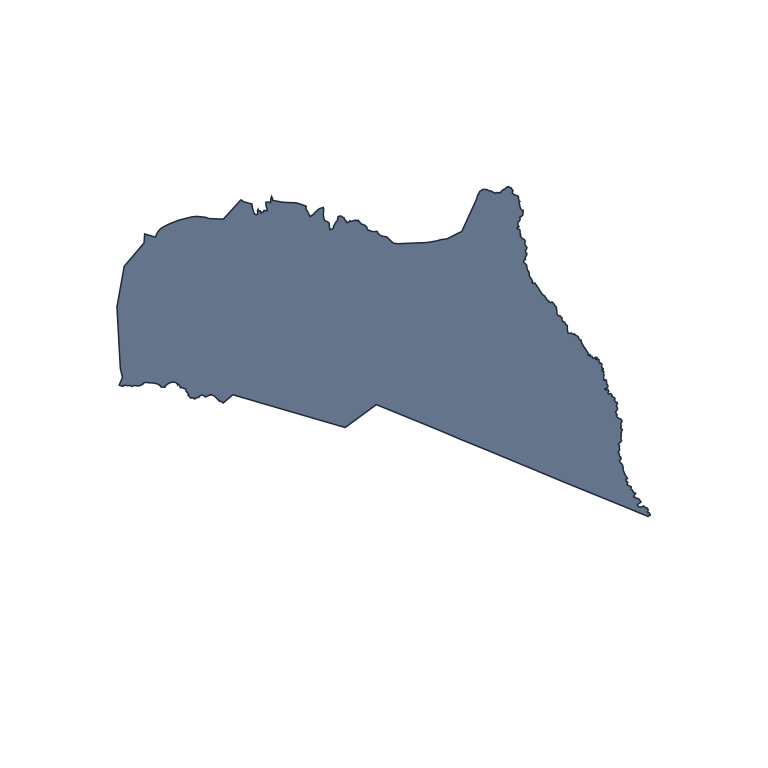 Tiaty, Rift Valley, Kenya, rotated 145°
{"feature_id": "3690345B93323191576602", "entity_name": "Tiaty", "entity_type": "district", "adm_level": 2, "iso_a3": "KEN", "parent_name": "Kenya", "parent_adm1": "Rift Valley", "projection": "mercator", "projection_center": [35.941, 1.145], "detail": "fine", "context": "isolated", "style": "filled", "palette": "slate", "viewbox_px": 768, "rotation_deg": 145, "n_neighbors": 0, "source": "geoboundaries", "source_scale": "gbopen_adm2", "svg_char_len": 6171}
<svg xmlns="http://www.w3.org/2000/svg" viewBox="0 0 768 768"><g transform="rotate(145 384 384)"><path d="M368.5,602.1L370.1,601.0L373.0,597.6L373.9,599.0L375.3,600.1L376.7,600.7L378.6,597.2L379.6,593.8L380.2,593.1L381.4,593.7L382.5,595.1L384.3,594.2L385.5,594.6L386.5,594.4L386.0,595.8L386.1,597.0L387.6,597.6L387.0,599.3L388.3,598.5L388.9,597.0L390.0,595.7L391.7,595.9L392.4,597.7L392.2,599.4L391.8,601.0L390.0,605.3L389.2,606.5L389.0,607.5L391.2,609.7L392.4,611.5L394.7,613.9L394.9,615.8L395.7,616.9L421.0,611.2L432.5,619.9L434.4,622.8L441.1,628.6L445.7,631.2L457.0,635.5L460.4,636.5L469.1,638.5L473.7,639.1L476.7,639.4L479.5,639.1L481.8,638.4L484.2,637.3L487.0,635.4L494.0,644.2L499.6,637.2L529.3,629.4L558.5,600.4L591.1,547.9L594.4,539.5L601.6,535.0L601.2,534.2L599.0,531.7L597.4,532.0L595.1,529.7L593.1,528.7L592.2,526.8L589.2,525.9L586.6,523.5L585.0,522.6L581.0,522.2L579.8,522.7L578.4,522.0L572.0,516.7L569.7,514.2L568.3,511.2L568.5,509.8L567.7,508.9L566.0,507.5L564.9,507.0L564.1,507.7L561.4,508.1L557.5,507.5L554.7,505.9L553.6,504.3L553.2,502.9L553.6,501.8L552.9,502.1L552.5,501.6L552.4,499.5L552.9,498.1L552.8,497.7L552.2,497.5L549.4,493.8L550.2,492.1L550.0,487.7L551.0,487.2L550.6,485.7L550.5,483.6L550.1,483.1L548.1,482.2L548.0,480.6L547.4,480.3L546.7,480.1L545.4,480.3L544.5,479.9L543.6,479.3L540.9,480.0L539.5,479.3L538.7,478.5L537.9,476.9L538.0,476.1L537.7,475.8L536.8,475.5L536.3,475.7L535.5,475.3L533.3,475.0L532.6,474.4L531.5,474.4L529.6,470.6L528.7,464.4L528.5,463.8L528.0,463.7L527.0,462.6L526.7,460.6L514.0,461.9L440.8,370.6L402.1,371.5L363.6,311.7L352.5,293.8L336.5,269.1L293.0,200.6L255.2,142.1L243.7,124.0L243.4,124.3L242.9,124.3L241.3,123.8L240.8,124.4L240.7,126.6L241.6,127.1L241.6,127.6L239.6,129.7L239.6,131.6L240.8,132.6L240.9,134.1L241.5,135.4L242.4,135.2L243.2,135.5L244.8,136.5L245.8,137.8L246.2,139.1L244.6,139.9L241.3,139.8L241.1,140.3L241.2,144.0L242.9,145.7L243.1,147.0L244.2,147.7L244.2,148.1L243.0,149.2L241.8,149.7L240.7,149.8L240.5,150.2L241.3,151.2L241.6,152.0L241.8,153.0L241.2,154.4L242.0,155.6L242.0,156.2L241.7,156.8L240.7,157.5L240.5,158.0L242.7,162.2L240.8,163.5L240.7,164.1L241.1,165.5L240.8,166.9L240.5,167.1L238.7,166.9L238.6,171.6L237.9,173.7L237.6,176.6L236.2,177.9L235.2,180.4L235.0,182.2L235.4,184.3L235.4,185.9L232.5,186.8L232.0,188.6L232.5,189.0L232.3,190.4L231.2,192.1L231.5,193.6L231.2,194.0L229.5,194.4L228.5,195.1L227.8,196.8L226.7,198.0L226.5,200.3L221.9,201.1L221.6,203.0L218.8,206.2L218.0,207.8L217.2,208.1L216.2,209.5L215.0,209.7L214.9,210.1L215.6,212.2L215.4,212.6L214.0,213.1L212.7,215.9L210.6,216.7L210.0,217.7L210.1,219.5L211.1,220.8L211.9,222.4L212.1,223.4L211.7,224.8L210.9,224.9L210.6,225.3L210.8,227.4L210.2,228.3L207.7,229.2L206.8,229.8L206.5,230.3L206.3,232.7L204.0,234.1L203.5,234.9L203.7,235.4L204.4,236.0L204.7,238.1L203.2,239.5L203.1,240.2L204.4,243.4L203.7,243.8L203.5,244.7L204.0,246.4L205.7,247.0L205.8,248.3L203.9,249.2L203.7,251.2L204.0,251.5L204.6,251.4L205.5,251.7L206.2,253.0L206.0,253.3L203.9,253.0L202.7,253.1L202.1,253.3L201.8,253.8L201.4,254.8L201.5,256.4L199.8,259.2L199.9,260.4L201.0,260.4L201.5,260.6L201.6,261.1L200.3,263.5L198.5,265.3L198.0,267.0L196.8,268.1L197.6,269.3L197.6,270.4L197.1,270.7L196.6,270.0L195.8,270.3L195.6,270.7L196.0,272.7L195.9,273.1L194.1,275.2L194.3,276.7L194.6,277.3L195.6,278.0L193.9,280.7L194.0,281.1L194.6,282.1L195.6,281.9L196.2,282.3L196.3,282.9L196.1,283.2L194.5,283.7L195.5,284.6L197.2,284.8L198.2,285.2L198.3,285.7L197.7,287.3L199.2,288.7L199.3,289.3L198.3,289.9L198.7,290.3L199.8,290.1L200.3,290.4L200.3,291.0L198.9,292.5L198.8,293.0L199.1,294.2L198.9,295.6L198.9,300.6L198.4,304.2L197.5,307.0L198.1,307.0L198.4,308.8L197.8,310.9L198.0,312.1L198.5,313.2L199.3,314.1L199.1,315.7L200.8,316.5L201.4,318.5L203.1,318.9L203.9,320.1L203.5,321.6L202.6,323.4L200.3,326.8L201.0,328.5L200.6,329.9L200.7,331.4L201.5,332.4L201.5,334.6L200.3,335.7L200.7,339.1L201.9,339.6L202.2,341.4L201.7,343.1L200.4,344.9L199.7,346.4L198.7,347.9L199.0,349.4L198.9,353.3L199.4,354.9L200.8,355.2L201.6,355.9L201.5,357.4L202.3,359.9L201.9,361.1L202.0,362.4L201.8,363.6L202.9,366.7L202.7,370.2L202.9,371.6L202.5,372.9L202.7,376.2L202.3,376.8L202.6,378.7L202.5,380.3L204.4,380.9L204.8,381.9L203.3,382.8L202.9,387.7L203.0,389.2L200.9,392.6L201.2,394.3L200.6,396.3L199.1,399.3L199.0,400.5L199.8,403.5L199.0,404.6L198.0,405.3L196.7,404.8L196.0,406.1L195.2,407.1L193.6,407.4L192.9,408.1L192.8,408.9L192.2,408.9L192.3,410.5L191.6,412.3L189.8,412.9L188.6,413.7L188.8,415.1L188.6,416.9L187.6,419.0L186.3,420.0L186.1,421.9L187.2,423.4L187.4,427.1L186.3,428.1L185.9,429.7L184.4,431.9L184.4,433.0L185.7,434.2L185.3,435.7L184.0,435.3L183.1,435.4L183.3,437.2L181.3,439.8L179.6,439.7L177.9,441.0L176.9,442.7L175.2,442.5L173.7,442.6L171.3,445.1L170.4,446.4L171.0,446.7L171.6,449.5L169.1,455.4L168.0,455.5L168.4,456.8L166.4,460.6L167.1,462.2L168.8,464.4L169.2,466.1L168.9,467.6L167.4,468.3L167.6,469.9L167.2,471.3L167.8,472.4L168.6,473.2L168.8,474.4L169.9,474.8L173.4,474.5L175.0,474.9L177.1,474.6L179.1,473.8L179.7,474.9L181.1,475.0L181.9,476.3L183.8,476.7L184.3,478.3L185.2,479.4L185.6,480.9L186.8,481.5L188.3,484.5L189.6,485.0L190.3,486.1L191.2,486.6L192.4,486.8L193.6,486.6L195.0,486.9L200.1,484.2L201.2,483.0L202.6,482.1L232.9,464.3L236.4,465.0L248.2,466.6L249.8,467.1L254.7,469.7L258.2,470.8L267.1,474.9L292.2,491.0L295.6,493.9L297.4,503.0L300.2,505.6L301.4,507.3L302.3,509.5L302.5,511.0L302.1,512.1L302.2,513.2L304.5,514.3L305.5,515.1L307.3,517.1L307.8,518.2L308.7,519.1L308.8,520.7L308.1,522.4L308.5,524.3L309.2,526.2L310.2,527.2L311.1,528.8L310.9,530.6L311.2,531.8L311.1,532.9L312.6,533.1L312.9,534.2L313.8,534.9L316.0,535.4L317.7,536.1L318.3,537.3L320.4,536.8L322.0,537.7L321.3,538.9L322.0,540.2L321.4,543.0L322.3,544.5L322.7,546.0L323.9,547.0L325.7,547.4L327.1,546.2L328.0,544.8L330.5,544.2L335.0,542.0L336.2,540.7L337.5,540.6L338.5,541.2L339.8,541.3L339.8,541.8L336.6,547.3L337.0,548.8L338.9,552.2L337.6,555.5L336.6,557.5L332.9,562.0L332.5,563.6L336.5,564.7L342.4,564.1L343.9,563.5L348.5,563.5L347.6,570.0L347.6,571.5L347.0,573.1L345.7,574.1L346.2,575.1L352.0,582.8L362.3,590.6L369.7,598.1L369.0,599.8L368.5,602.1Z" fill="#64748b" stroke="#1e293b" stroke-width="1.5"/></g></svg>